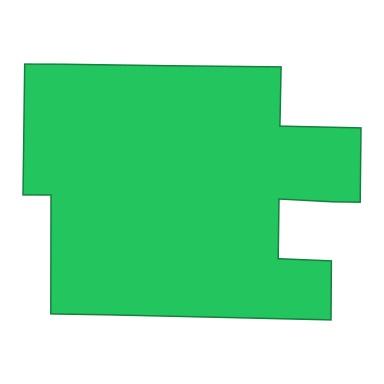 Dent, Missouri, United States of America
{"feature_id": "52423323B29389566845482", "entity_name": "Dent", "entity_type": "district", "adm_level": 2, "iso_a3": "USA", "parent_name": "United States of America", "parent_adm1": "Missouri", "projection": "equal_earth", "projection_center": [-91.456, 37.603], "detail": "fine", "context": "isolated", "style": "filled", "palette": "green", "viewbox_px": 384, "rotation_deg": 0, "n_neighbors": 0, "source": "geoboundaries", "source_scale": "gbopen_adm2", "svg_char_len": 326}
<svg xmlns="http://www.w3.org/2000/svg" viewBox="0 0 384 384"><path d="M167.6,65.7L61.9,64.2L24.7,64.1L23.0,194.9L51.0,195.0L50.8,313.9L106.7,314.8L331.0,319.9L331.4,260.9L278.2,258.7L279.0,199.0L332.1,201.8L360.2,202.2L361.0,127.9L279.9,126.1L281.1,66.9L167.6,65.7Z" fill="#22c55e" stroke="#15803d" stroke-width="1.5"/></svg>